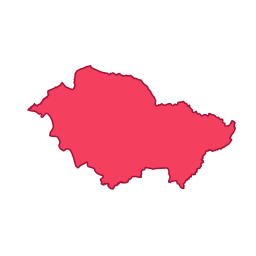 the district of Dan Makham Tia, Kanchanaburi, Thailand, rotated 212°
{"feature_id": "78962969B50658242834592", "entity_name": "Dan Makham Tia", "entity_type": "district", "adm_level": 2, "iso_a3": "THA", "parent_name": "Thailand", "parent_adm1": "Kanchanaburi", "projection": "albers", "projection_center": [99.312, 13.84], "detail": "fine", "context": "isolated", "style": "filled", "palette": "rose", "viewbox_px": 256, "rotation_deg": 212, "n_neighbors": 0, "source": "geoboundaries", "source_scale": "gbopen_adm2", "svg_char_len": 5776}
<svg xmlns="http://www.w3.org/2000/svg" viewBox="0 0 256 256"><g transform="rotate(212 128 128)"><path d="M201.6,146.0L201.3,145.8L200.6,144.2L199.6,142.8L199.1,140.4L198.0,139.9L198.1,138.7L197.9,138.1L197.4,137.6L196.5,137.2L196.2,136.6L195.3,136.1L195.3,134.9L195.1,134.3L195.1,133.6L194.6,133.3L195.5,131.2L197.8,130.5L202.8,129.9L207.8,131.6L208.2,129.9L208.3,128.1L210.2,124.2L210.9,124.4L211.9,122.1L215.1,117.6L215.5,116.8L213.7,114.3L213.1,114.2L213.0,111.8L213.0,110.9L213.7,110.9L213.8,109.5L214.3,109.4L214.5,107.9L214.8,107.9L215.1,106.4L214.7,106.1L215.2,102.4L214.9,102.2L216.3,100.5L216.8,99.1L216.7,98.8L219.1,98.5L220.1,98.9L220.4,96.3L221.5,94.3L221.5,94.0L221.0,93.6L221.5,93.4L221.4,92.9L222.2,91.7L222.3,91.1L222.2,90.4L221.3,90.9L220.4,90.9L219.5,91.1L217.7,91.9L216.9,92.6L215.7,92.6L215.0,93.0L213.0,93.0L211.6,92.6L211.0,92.6L210.3,93.1L209.6,93.9L208.7,93.7L208.1,93.3L208.1,92.8L207.7,91.6L206.8,91.5L206.2,91.9L205.6,96.2L205.4,96.7L204.2,97.5L203.0,97.5L199.8,96.4L196.3,94.1L194.1,92.1L192.3,89.9L191.7,88.7L191.4,87.0L191.5,83.0L190.9,81.8L190.3,80.2L189.4,80.2L183.8,83.0L182.8,82.9L181.4,82.3L178.6,80.5L177.8,79.2L177.4,77.0L177.2,76.4L176.8,76.0L174.5,74.6L170.6,74.5L170.1,75.0L169.4,77.2L168.1,78.5L166.5,78.7L165.2,78.5L164.4,78.2L161.6,76.5L159.1,74.5L152.4,68.4L151.7,68.1L149.6,67.7L149.2,67.9L148.4,71.2L146.1,75.0L145.3,76.6L145.2,77.1L144.7,77.3L144.0,76.9L142.4,74.7L141.8,74.3L140.7,74.4L135.7,75.7L134.9,75.5L132.8,73.8L130.5,73.3L128.1,73.3L124.5,74.2L123.8,74.2L123.3,73.5L123.2,72.2L124.0,70.6L124.1,69.9L123.4,69.2L121.6,68.2L121.2,66.8L120.7,66.7L120.2,66.4L119.7,66.6L119.3,66.6L118.3,67.1L118.3,67.9L118.5,68.0L118.5,68.5L117.2,68.5L117.0,69.2L116.8,69.5L116.1,69.7L115.6,70.2L114.9,70.4L114.5,70.1L114.7,69.0L114.2,68.9L114.3,68.6L114.0,68.3L113.3,68.3L112.3,67.5L112.0,67.7L111.2,67.7L110.4,67.5L108.8,68.2L108.8,68.6L108.3,68.9L108.3,69.2L108.6,69.5L108.4,70.1L108.6,70.6L108.7,71.8L108.5,72.3L107.7,72.7L107.7,73.2L107.2,73.5L106.5,74.3L106.5,74.6L107.0,74.9L107.3,75.7L106.8,76.3L106.5,76.1L106.2,76.2L106.4,76.7L106.2,77.3L105.8,78.0L105.3,78.3L104.9,78.2L104.9,78.8L104.4,78.6L103.7,79.1L103.2,78.8L102.3,79.6L101.7,79.7L100.2,81.2L100.1,81.5L100.2,81.8L99.6,82.3L100.0,83.9L100.0,85.3L99.4,85.3L98.8,86.7L98.5,89.2L98.2,89.5L97.2,89.8L95.9,91.0L93.9,91.6L90.9,93.0L90.9,93.7L92.0,94.8L92.1,96.3L92.9,97.2L93.4,97.5L93.7,98.3L93.6,99.4L93.3,99.9L93.0,100.4L92.1,101.2L92.0,102.6L92.3,103.4L91.8,103.9L87.0,105.9L85.1,106.3L83.0,108.4L74.2,114.5L73.3,114.7L72.2,114.5L70.6,113.3L70.1,112.8L69.1,110.8L66.6,109.1L66.0,108.0L65.3,104.5L64.8,103.9L64.2,103.9L63.5,104.1L63.0,105.5L61.6,107.0L59.1,108.8L58.6,108.7L56.5,106.9L55.2,107.5L53.4,106.4L51.5,105.6L50.5,105.5L48.8,106.3L48.8,106.7L49.5,107.5L49.9,108.8L50.7,109.3L51.4,109.9L51.0,111.2L50.8,112.9L51.3,114.1L50.3,115.1L50.6,116.0L50.5,116.4L49.4,117.0L49.8,118.9L49.5,119.8L49.0,119.8L48.6,120.2L49.1,120.9L49.2,122.5L47.4,123.2L47.3,123.8L46.5,124.7L47.3,126.3L46.5,127.0L46.4,127.2L46.8,127.9L47.3,128.5L47.1,129.2L47.6,129.4L47.7,129.7L47.2,130.7L45.8,131.8L45.9,132.9L45.8,134.6L46.0,135.1L47.0,135.9L47.3,136.5L46.1,138.4L45.9,139.1L46.8,139.5L47.2,140.1L47.9,139.7L48.1,140.1L48.8,140.3L48.6,140.7L48.8,141.1L48.9,141.6L48.7,141.8L48.9,142.2L48.6,142.4L49.2,143.2L49.6,144.5L49.3,144.8L49.0,145.9L48.9,147.9L49.5,149.1L49.0,150.5L48.4,150.6L47.9,151.0L47.7,152.4L47.0,152.4L46.6,152.9L45.5,153.1L45.1,153.5L44.9,153.4L44.6,153.0L44.0,153.1L43.8,153.6L43.0,154.2L42.6,155.1L42.1,155.2L42.1,155.7L41.7,156.5L40.6,156.8L40.9,157.4L40.5,157.7L40.1,158.5L39.6,158.9L38.5,159.2L37.7,159.9L37.7,160.1L38.0,160.4L37.9,161.2L37.3,161.5L36.9,162.3L36.5,162.4L36.3,163.4L34.1,167.9L33.7,172.6L34.6,173.2L35.3,173.1L36.1,173.2L36.5,173.7L36.2,175.1L36.5,175.4L36.4,175.7L36.6,175.8L36.2,179.3L36.5,182.8L36.8,184.3L37.7,185.3L38.9,185.6L39.1,186.5L39.7,187.6L40.0,189.1L41.9,189.6L42.6,189.3L43.0,189.2L43.4,189.4L43.6,189.2L43.3,185.3L43.5,183.9L45.3,181.9L46.2,181.3L46.9,181.3L47.3,181.5L48.3,183.2L50.2,182.9L50.8,183.0L51.1,183.2L51.7,184.9L52.5,185.4L53.1,185.3L54.0,184.2L55.4,184.3L56.7,185.0L57.9,184.2L59.1,183.9L60.8,184.5L62.5,184.4L64.2,183.7L66.3,183.6L66.7,183.4L67.0,183.0L66.5,182.1L66.3,180.7L67.2,180.4L69.0,180.5L70.5,179.7L70.8,179.3L71.2,177.9L71.6,177.6L72.4,177.3L73.9,177.8L74.8,177.8L76.2,177.0L77.1,176.9L78.8,178.1L79.2,177.9L79.4,177.2L80.5,175.9L81.5,175.7L81.8,175.8L83.2,177.5L84.8,177.7L87.1,178.5L87.7,179.8L88.2,179.7L88.9,178.4L89.3,178.3L91.1,179.6L91.4,179.6L93.1,179.2L94.9,180.0L96.4,178.4L97.1,178.0L98.8,176.5L99.1,175.9L98.6,174.6L98.7,173.9L99.3,173.4L100.7,173.1L101.2,172.4L101.4,171.3L102.4,170.6L103.1,170.6L104.6,171.1L105.5,170.8L106.9,169.4L107.5,168.7L108.1,167.5L108.5,167.2L109.5,166.5L110.2,166.2L112.0,166.5L112.4,166.1L113.2,164.3L114.4,163.8L114.4,162.7L114.6,162.5L115.9,162.2L116.3,161.9L117.3,162.3L119.2,166.0L120.1,166.4L121.7,167.8L124.9,168.8L125.7,169.5L126.9,169.8L127.5,170.5L128.1,170.9L129.7,171.4L131.5,171.8L132.8,172.9L133.6,173.3L134.7,173.5L136.5,173.5L137.3,173.8L138.1,173.7L138.6,174.0L140.0,174.4L142.1,175.5L142.3,175.1L143.0,175.2L144.9,174.5L147.4,174.3L148.5,173.7L148.8,173.2L149.5,173.2L149.8,173.4L150.5,173.2L151.1,173.4L151.1,173.8L153.5,173.9L154.1,173.7L154.3,172.8L155.6,172.5L156.0,171.9L157.2,171.9L158.0,170.9L159.1,170.4L159.7,169.3L160.3,169.3L160.8,169.6L162.7,169.2L163.7,169.7L164.1,169.3L164.5,169.3L164.6,168.9L165.1,168.6L165.0,168.2L165.5,167.7L165.5,166.8L169.2,166.8L170.0,166.7L171.0,165.2L171.7,165.0L171.9,163.3L172.0,163.2L174.9,163.4L175.4,162.9L180.9,161.1L187.3,160.2L191.5,159.9L192.7,160.9L195.6,158.1L196.5,156.6L198.8,153.3L199.1,153.4L201.2,149.9L201.4,149.6L201.5,148.5L201.6,146.0Z" fill="#f43f5e" stroke="#9f1239" stroke-width="1.5"/></g></svg>